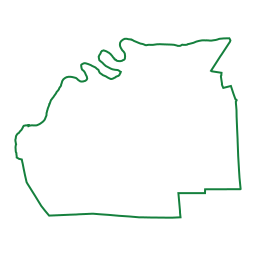 the district of Secusigiu, Arad, Romania
{"feature_id": "2599482B2684456974434", "entity_name": "Secusigiu", "entity_type": "district", "adm_level": 2, "iso_a3": "ROU", "parent_name": "Romania", "parent_adm1": "Arad", "projection": "natural_earth1", "projection_center": [20.991, 46.095], "detail": "fine", "context": "isolated", "style": "outline", "palette": "green", "viewbox_px": 256, "rotation_deg": 0, "n_neighbors": 0, "source": "geoboundaries", "source_scale": "gbopen_adm2", "svg_char_len": 4468}
<svg xmlns="http://www.w3.org/2000/svg" viewBox="0 0 256 256"><path d="M180.0,212.5L180.0,211.1L178.4,193.1L205.0,193.1L205.1,189.3L237.7,189.2L239.8,189.2L240.3,189.2L240.6,189.0L240.6,188.9L239.5,177.7L239.1,171.6L238.2,156.2L237.6,140.5L237.6,139.4L237.1,128.8L236.6,116.6L236.5,110.2L236.2,106.4L235.9,103.2L235.9,102.3L235.8,101.9L235.9,101.6L236.2,101.0L236.6,100.5L236.6,100.2L236.5,99.8L236.4,99.7L235.8,99.5L235.5,99.4L234.9,97.8L233.4,93.6L230.9,86.0L223.3,87.9L222.4,85.9L222.1,85.1L221.9,84.4L222.0,83.7L221.1,77.9L220.9,76.4L220.9,76.0L221.1,75.8L221.3,75.5L221.3,74.9L221.4,74.2L221.5,72.8L211.8,71.3L211.0,70.8L215.4,64.0L220.4,56.2L221.6,54.5L230.0,41.7L230.4,40.4L229.8,39.1L229.3,38.3L224.0,38.4L219.6,38.8L218.5,39.1L217.8,39.4L217.1,39.6L215.6,40.0L214.0,40.2L211.4,40.6L209.9,40.6L208.0,40.4L206.9,40.4L206.3,40.3L205.9,40.4L203.3,40.3L201.8,40.4L199.0,40.9L196.3,41.6L193.5,42.8L188.8,44.0L188.1,44.0L187.5,44.5L185.8,44.9L183.5,44.9L182.2,44.7L181.2,45.3L180.2,45.8L179.2,45.9L177.8,45.9L177.1,45.6L175.6,45.2L174.0,44.8L171.3,44.6L164.9,44.4L162.4,44.3L159.9,44.2L156.9,44.3L152.7,44.9L148.7,44.8L147.2,45.0L146.5,45.2L145.2,45.1L144.8,44.8L142.7,44.0L140.5,43.6L138.7,42.9L136.6,42.0L133.9,40.9L132.1,39.8L131.4,39.8L131.1,39.4L130.5,39.4L128.4,39.2L126.8,38.8L125.7,38.8L124.8,38.8L123.4,39.4L122.0,40.4L120.9,41.4L120.1,42.9L120.0,43.8L119.9,44.9L120.2,46.4L120.9,48.0L122.2,50.2L123.7,51.7L124.4,52.8L124.8,53.6L124.9,54.4L125.0,55.5L125.1,56.6L125.0,57.1L124.9,57.9L124.9,58.6L124.5,59.3L124.1,59.7L123.4,60.1L122.8,60.2L122.0,60.8L120.6,61.1L119.7,61.1L118.9,61.1L117.9,61.0L117.1,60.8L116.5,60.6L116.1,60.2L116.0,59.9L115.3,59.8L114.5,59.2L114.5,58.6L113.7,58.0L113.1,57.3L112.6,56.6L111.9,55.6L111.4,55.1L110.5,54.0L109.8,53.5L109.3,53.1L108.9,52.7L108.0,52.3L106.7,51.5L106.0,51.2L104.9,50.8L103.6,50.4L102.8,50.7L102.0,50.9L100.9,52.2L100.7,52.9L100.5,53.5L99.4,55.1L98.7,56.7L99.0,58.7L99.4,60.3L101.1,61.7L102.4,62.7L103.9,64.3L105.8,66.0L108.1,67.2L110.7,68.6L112.5,69.3L115.1,69.8L117.4,70.0L118.4,70.3L119.4,71.0L120.0,71.5L120.8,71.9L120.6,72.4L120.3,72.6L120.3,73.3L119.7,74.2L119.5,74.8L118.5,75.8L117.1,76.3L115.9,76.8L115.5,77.3L114.9,77.6L114.0,78.0L113.6,78.3L112.8,78.6L112.0,78.9L110.9,79.0L110.1,78.7L109.0,78.2L108.0,77.7L107.0,77.1L106.1,76.5L105.2,76.1L102.8,75.1L101.7,74.2L100.3,73.3L99.6,72.6L98.8,70.9L98.4,69.8L97.0,68.9L95.5,67.5L94.3,66.9L92.1,65.9L90.8,65.1L88.0,64.0L85.7,63.3L84.5,63.2L83.6,63.4L82.2,64.1L81.5,64.6L81.2,65.0L81.2,65.5L81.2,66.0L81.4,67.1L81.5,67.9L81.8,68.9L82.1,69.6L82.4,69.8L82.6,70.0L83.6,70.8L84.2,71.5L84.8,72.4L85.3,73.4L85.8,74.7L86.3,75.6L86.8,76.6L87.0,77.7L87.2,78.4L87.1,78.9L86.5,79.9L85.6,80.6L84.9,81.0L84.2,81.1L83.4,81.4L82.5,81.5L81.0,81.5L80.2,81.3L79.6,80.9L78.8,80.4L78.0,79.8L77.2,78.9L75.8,77.9L74.9,77.7L73.8,77.4L72.0,77.0L70.4,76.8L68.4,76.8L67.3,77.1L66.5,77.2L65.7,77.7L65.2,77.9L63.5,79.2L62.9,80.0L62.2,81.2L61.6,83.4L61.1,84.6L61.1,85.3L60.8,86.0L60.5,86.5L59.8,87.3L59.4,88.0L59.1,88.5L59.0,89.1L58.4,90.0L57.5,91.1L57.0,91.6L56.4,92.4L56.3,92.8L55.7,93.8L55.3,94.3L55.1,94.6L54.3,95.7L53.7,96.6L53.2,97.4L52.5,98.1L51.9,99.0L51.5,99.5L51.0,100.1L50.5,101.4L49.7,103.7L49.4,104.4L49.2,104.4L49.2,104.8L49.1,105.2L49.0,105.5L48.9,105.8L48.1,107.7L47.7,108.9L47.5,109.9L47.2,110.5L46.9,112.0L46.6,112.9L46.5,114.1L46.5,115.2L46.1,116.3L45.6,117.4L45.0,119.0L44.4,120.1L43.0,121.6L42.1,122.3L40.3,123.6L39.3,124.2L38.2,124.7L36.8,125.3L35.9,125.4L33.6,125.4L31.8,125.3L30.4,125.5L29.1,125.8L28.3,126.2L28.0,125.7L28.2,125.4L28.4,125.0L28.1,125.0L26.7,125.4L25.6,125.4L24.7,125.6L23.8,125.8L23.3,126.4L23.1,126.8L22.3,128.5L21.8,129.3L21.3,130.1L20.2,131.1L19.6,131.9L18.8,133.0L18.3,133.3L17.7,133.6L16.9,134.6L16.3,135.6L16.1,136.0L15.9,136.9L15.8,137.8L15.7,138.6L15.4,139.5L15.4,140.2L15.4,141.0L15.6,141.8L15.8,143.1L15.9,143.7L16.1,144.1L16.1,144.5L15.9,144.7L15.7,145.8L15.6,146.4L15.5,147.7L15.6,148.6L15.7,150.5L15.8,151.6L16.0,152.4L16.4,153.0L16.4,154.2L16.7,156.1L16.7,156.9L16.7,157.5L18.8,158.7L18.9,158.8L21.8,159.5L22.2,161.5L22.3,162.2L22.4,162.4L22.7,163.7L23.7,168.9L25.0,175.2L26.6,182.2L27.7,184.1L30.1,187.9L31.9,190.8L35.1,195.9L38.6,201.6L41.3,206.0L45.0,210.7L49.1,215.6L58.9,215.2L70.4,214.7L76.2,214.5L78.8,214.3L85.8,214.0L90.3,213.8L92.9,213.7L100.3,214.3L109.0,214.9L119.1,215.8L129.7,216.5L138.8,217.3L140.8,217.3L150.3,217.5L161.3,217.6L171.7,217.7L180.5,217.3L180.0,212.5Z" fill="none" stroke="#15803d" stroke-width="2"/></svg>